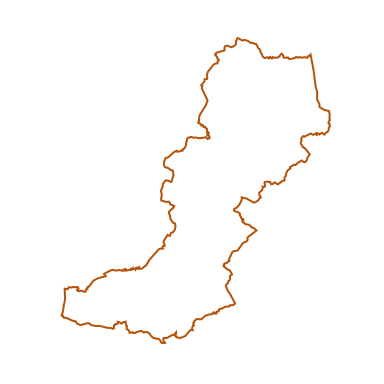 Tha Yang, Phetchaburi, Thailand (Mercator projection), rotated 171°
{"feature_id": "78962969B57494861124372", "entity_name": "Tha Yang", "entity_type": "district", "adm_level": 2, "iso_a3": "THA", "parent_name": "Thailand", "parent_adm1": "Phetchaburi", "projection": "mercator", "projection_center": [99.807, 12.809], "detail": "fine", "context": "isolated", "style": "outline", "palette": "amber", "viewbox_px": 384, "rotation_deg": 171, "n_neighbors": 0, "source": "geoboundaries", "source_scale": "gbopen_adm2", "svg_char_len": 5955}
<svg xmlns="http://www.w3.org/2000/svg" viewBox="0 0 384 384"><g transform="rotate(171 192 192)"><path d="M166.9,75.1L170.0,84.3L172.5,89.8L173.2,93.8L172.8,95.0L171.1,96.0L170.0,98.4L168.9,98.7L167.9,100.3L167.7,103.1L165.4,104.2L165.4,104.8L166.9,108.6L168.9,109.9L172.5,113.8L171.6,114.8L171.8,115.7L171.4,115.9L171.7,116.1L170.9,115.9L170.3,116.5L168.0,116.7L167.6,117.3L165.8,118.2L166.2,119.5L161.3,126.7L159.1,127.1L156.2,127.0L149.5,133.7L145.6,134.8L144.6,136.0L144.5,137.8L143.5,138.9L134.3,143.9L136.9,147.0L138.9,147.9L139.6,149.4L141.2,150.8L144.6,152.1L145.5,153.7L146.5,154.0L146.8,155.8L145.8,156.0L145.7,157.4L146.9,157.7L147.5,158.6L147.5,159.8L148.4,161.4L148.0,163.1L149.3,164.6L153.3,166.8L153.5,167.3L152.8,168.8L150.4,169.5L147.0,172.3L144.1,176.4L143.8,178.9L139.3,177.1L132.7,171.9L131.5,171.9L127.7,173.4L126.7,175.0L124.8,176.0L125.9,178.2L125.8,180.9L122.6,182.7L121.2,185.3L121.4,186.2L119.6,185.8L118.7,186.9L119.0,189.9L118.5,190.5L116.6,190.6L113.2,189.6L113.1,188.2L112.4,187.2L110.3,187.5L109.9,188.2L108.6,188.5L106.0,186.0L104.8,186.9L104.2,186.9L103.4,187.7L102.5,187.7L101.6,188.8L98.9,188.8L98.3,192.0L96.7,193.3L96.5,194.8L94.5,198.1L91.3,199.8L91.4,201.1L87.1,203.0L85.5,202.4L83.7,203.9L78.7,206.0L77.0,204.0L75.6,203.8L73.8,205.3L72.4,208.1L69.8,210.9L73.8,217.8L75.7,219.0L75.6,219.7L76.9,222.5L76.9,223.7L76.0,224.9L75.7,227.8L73.6,229.8L72.5,229.0L65.7,231.2L63.4,229.5L61.4,230.1L59.8,228.9L59.6,230.7L57.8,229.9L57.2,228.9L55.5,229.8L54.1,230.0L52.8,228.3L52.1,228.0L50.4,229.8L48.8,230.1L47.3,231.8L46.8,234.1L45.3,235.6L45.7,236.7L45.4,237.7L46.3,238.3L46.3,239.5L44.6,241.6L44.8,242.1L43.9,247.3L44.1,250.6L48.2,252.2L52.7,255.7L52.4,259.0L54.0,263.8L52.7,271.1L53.4,276.3L52.9,293.8L53.4,309.2L54.6,308.2L56.0,308.1L56.4,307.2L57.6,306.5L58.8,307.4L63.0,307.6L65.0,308.6L66.4,308.1L68.1,309.1L70.1,308.1L74.7,308.0L75.5,308.5L76.1,309.9L79.2,310.0L80.4,310.5L80.7,311.1L80.5,312.7L81.9,314.6L83.9,313.0L84.3,312.2L85.3,312.0L85.9,311.4L89.6,311.7L90.9,312.6L91.9,311.5L92.5,311.6L93.6,313.3L94.5,312.9L94.6,312.2L95.1,311.9L96.5,313.3L99.5,312.9L101.3,315.5L101.4,317.3L102.6,319.7L102.6,321.9L104.4,324.3L104.7,326.3L105.6,328.1L107.3,328.6L108.8,330.1L110.7,329.9L112.9,332.3L116.1,334.0L116.9,334.1L118.3,333.6L122.6,336.9L123.4,336.6L124.3,334.4L125.2,333.9L125.3,331.5L127.3,329.6L130.6,328.9L134.1,331.0L136.3,330.9L137.4,329.4L137.7,326.8L146.2,325.7L146.5,324.6L147.7,324.4L147.7,323.8L146.0,321.4L146.2,320.0L144.9,318.7L144.9,317.8L146.3,317.1L146.7,315.1L149.0,315.0L150.7,314.5L157.4,308.3L159.0,305.3L158.8,304.0L159.4,301.4L162.0,301.4L162.2,299.7L163.8,297.9L166.0,296.4L166.2,295.7L165.2,295.1L166.1,292.9L162.3,279.9L164.8,275.5L172.0,267.2L173.2,265.0L174.0,260.8L174.7,260.5L175.1,259.2L173.3,258.4L172.5,256.3L172.1,256.1L171.6,256.6L170.6,256.2L170.4,254.4L168.8,254.2L168.9,253.5L167.3,251.9L167.7,248.9L166.7,248.7L166.3,247.4L167.7,247.0L168.0,245.7L167.2,245.6L167.2,245.2L166.4,244.9L166.1,242.7L168.1,241.9L168.9,242.5L169.5,243.9L176.2,243.9L180.4,245.4L181.6,245.2L184.2,246.6L186.6,246.1L187.6,246.3L188.7,245.0L189.0,243.0L189.8,242.3L190.6,239.2L192.6,236.3L195.0,235.3L194.8,234.4L199.0,234.0L200.5,234.2L200.6,235.1L203.5,234.3L209.6,230.2L211.5,229.7L212.7,229.8L214.3,227.3L215.6,223.8L215.0,221.1L214.0,220.3L212.2,219.7L209.2,216.8L207.9,216.5L207.6,215.9L207.6,211.9L210.5,205.5L211.6,205.3L213.5,206.8L215.8,207.5L216.7,207.3L219.5,204.5L220.3,201.5L222.5,198.2L222.3,193.9L223.5,190.3L223.7,188.4L218.6,186.1L216.4,186.1L215.7,185.3L215.4,183.3L211.7,181.0L213.0,179.2L213.6,179.1L214.4,178.2L215.7,177.9L216.8,176.5L217.9,176.2L218.1,174.2L217.4,172.3L217.5,168.9L215.6,164.7L213.8,163.6L213.6,161.0L214.7,157.6L217.3,155.1L219.2,154.8L220.7,152.1L222.8,153.4L227.7,147.9L228.0,147.5L227.3,143.3L229.3,142.9L229.9,141.9L229.5,140.7L231.3,141.0L233.8,140.6L244.9,131.5L248.8,126.6L249.6,126.5L253.1,124.2L255.6,124.4L255.4,124.7L256.0,124.9L256.0,125.8L256.5,125.4L257.2,125.8L257.5,125.2L258.5,125.7L258.5,124.9L259.6,125.4L260.1,124.4L260.3,124.9L262.4,125.1L262.4,125.6L262.8,125.1L263.3,125.5L263.8,124.8L264.5,125.5L265.0,124.7L265.6,125.0L268.0,124.5L268.7,125.1L269.7,124.8L269.9,125.4L269.2,125.5L269.7,126.4L270.6,126.3L271.2,125.5L271.6,125.7L271.5,125.1L272.6,125.4L273.0,125.0L275.5,126.2L279.7,126.3L282.6,127.6L285.8,126.9L291.7,124.9L290.4,122.4L298.4,121.5L303.1,119.9L307.9,115.4L309.3,114.3L310.3,114.3L310.5,112.5L311.8,112.5L312.6,110.4L313.3,110.0L316.3,111.6L317.4,111.9L318.3,111.6L320.7,112.4L320.9,113.4L319.2,114.2L319.8,116.1L322.5,116.2L324.3,116.8L325.8,116.5L328.6,117.2L330.1,115.4L332.9,116.4L334.1,106.2L335.6,101.8L336.8,99.7L336.6,98.9L338.5,93.4L340.1,90.5L338.8,89.8L339.0,88.8L338.2,88.0L336.7,87.4L336.2,87.6L328.7,82.7L328.2,82.9L327.2,82.5L325.9,79.8L322.9,78.0L315.4,78.8L313.9,78.1L312.7,76.6L311.2,75.8L307.9,74.7L303.8,74.0L296.0,70.8L293.4,70.5L292.0,69.3L290.2,69.8L290.3,71.8L289.9,72.5L288.7,72.8L288.4,73.5L286.7,73.3L285.7,73.8L285.6,75.4L283.7,74.5L282.4,73.0L280.3,74.2L277.8,74.3L278.2,73.1L277.7,70.0L277.2,69.7L277.9,67.9L277.9,66.6L276.4,65.8L275.8,64.1L275.8,62.8L274.1,62.5L273.3,62.9L272.3,62.6L272.1,62.0L270.3,61.7L268.5,62.3L264.2,62.8L263.4,62.6L262.1,60.9L258.4,60.8L255.7,58.4L255.3,56.7L252.7,53.6L251.6,53.7L250.9,52.8L248.0,52.3L246.8,50.7L245.6,47.7L243.5,47.4L243.3,47.1L242.2,47.3L243.4,48.8L243.4,51.6L243.0,52.1L239.5,51.8L234.2,53.8L232.2,53.7L229.7,55.9L229.8,54.6L230.4,54.5L231.2,53.1L231.0,52.3L230.1,52.0L230.1,50.9L228.7,50.6L227.1,49.5L221.3,50.8L215.8,55.4L214.5,55.9L213.0,55.5L213.5,56.5L212.8,58.4L211.6,60.1L210.9,60.1L211.4,61.4L211.1,62.4L210.4,62.7L210.4,63.5L209.5,64.5L208.7,64.7L208.2,65.5L206.4,65.7L203.7,64.9L202.3,65.1L198.4,67.5L194.8,68.3L191.0,68.2L190.4,69.1L189.3,69.8L188.8,69.4L188.4,68.2L186.8,68.2L186.4,69.9L184.3,69.9L183.9,71.8L179.5,72.5L177.4,73.5L173.0,73.2L172.1,74.2L169.0,73.9L166.9,75.1Z" fill="none" stroke="#b45309" stroke-width="2"/></g></svg>